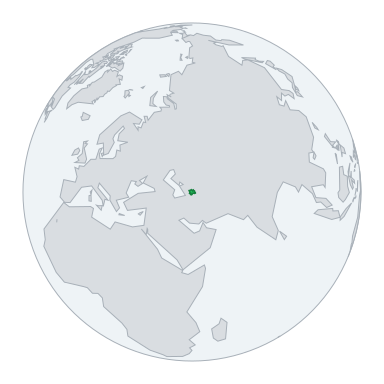 the Earth from above North Khorasan, rotated 337°
{"feature_id": "IRN-3246", "entity_name": "North Khorasan", "entity_type": "Province", "adm_level": 1, "iso_a3": "IRN", "parent_name": "Iran", "parent_adm1": "", "projection": "orthographic", "projection_center": [57.06, 37.45], "detail": "fine", "context": "on_globe", "style": "filled", "palette": "green", "viewbox_px": 384, "rotation_deg": 337, "n_neighbors": 0, "source": "natural_earth", "source_scale": "10m", "svg_char_len": 11423}
<svg xmlns="http://www.w3.org/2000/svg" viewBox="0 0 384 384"><g transform="rotate(337 192 192)"><circle cx="192" cy="192" r="169" fill="#eef3f6" stroke="#a8b0b8"/><path d="M202.3,23.4L209.2,24.9L225.7,29.2L233.7,30.7L229.7,30.6L246.9,34.0L257.6,38.4L243.7,33.5L240.9,33.2L247.3,35.9L245.8,36.2L248.1,37.9L245.8,38.2L237.8,35.8L236.1,36.1L240.8,38.1L241.4,39.9L234.8,36.9L235.1,40.0L221.9,37.6L206.3,30.9L197.1,31.4L176.2,29.9L176.3,30.9L168.5,31.6L165.7,33.2L162.6,32.9L163.0,34.5L166.4,34.6L167.7,35.4L166.3,36.5L162.2,36.1L162.2,35.5L160.3,36.0L158.8,35.4L158.8,36.3L153.9,36.0L156.7,38.0L151.1,39.2L148.4,38.5L151.4,36.4L152.5,31.0L150.7,30.4L145.2,31.4L129.1,37.4L126.0,38.0L119.8,40.4L120.2,40.8L125.2,39.2L124.5,41.0L130.7,39.3L131.4,39.9L136.7,39.4L132.9,42.0L126.4,44.9L121.8,45.7L118.8,47.2L120.8,48.8L110.0,52.9L98.9,60.7L96.4,61.7L95.8,59.0L101.8,52.7L101.1,50.7L98.6,54.7L92.4,58.0L90.1,59.8L88.7,61.5L89.9,61.5L87.1,63.3L88.6,59.7L91.1,57.9L90.6,58.9L93.4,56.2L94.4,54.5L91.2,56.6L94.1,54.3L104.8,47.3L115.9,41.1L127.5,35.8L139.5,31.4L151.7,27.9L164.2,25.3L176.8,23.7L189.5,23.1L202.3,23.4ZM207.1,23.7L208.5,23.8L209.8,24.1L207.2,23.8L206.9,23.7L207.1,23.7ZM239.8,31.9L236.2,30.7L240.2,31.8L239.8,31.9ZM248.8,38.1L250.3,38.4L250.8,39.2L248.8,38.1ZM138.4,38.1L137.5,38.7L137.0,38.4L138.4,38.1ZM141.4,37.3L141.4,36.6L142.9,36.1L142.9,36.6L141.4,37.3ZM247.8,40.4L248.2,41.8L246.4,40.0L247.8,40.4ZM141.1,38.4L145.5,35.5L148.1,34.7L150.2,36.0L141.1,38.4ZM247.5,42.3L248.6,45.9L252.0,46.8L242.9,46.8L245.0,43.4L242.3,40.9L245.5,42.3L247.5,42.3ZM168.0,34.1L164.4,34.1L168.6,33.2L168.0,34.1ZM170.4,33.4L181.7,30.1L186.3,30.9L181.6,31.7L188.7,32.3L185.5,34.3L180.8,34.4L178.5,33.4L179.0,35.0L170.4,33.4ZM237.7,46.3L236.8,47.0L236.2,45.9L237.7,46.3ZM168.5,35.7L170.4,34.8L174.6,35.4L171.6,37.3L171.2,36.5L168.5,35.7ZM192.1,31.6L194.7,32.6L192.8,34.4L193.6,35.1L185.8,34.4L192.1,31.6ZM169.6,36.9L170.0,38.3L166.8,39.0L167.0,36.6L169.6,36.9ZM176.9,34.9L178.7,35.3L176.7,35.6L176.9,34.9ZM155.7,43.0L157.8,41.7L160.2,41.9L155.7,43.0ZM170.4,38.8L171.5,38.5L172.7,38.5L172.3,39.6L170.4,38.8ZM185.0,35.9L183.6,36.5L188.1,36.2L186.8,37.8L181.8,37.1L183.5,38.1L183.1,38.6L179.4,37.5L185.0,35.9ZM175.4,40.7L168.7,40.8L164.2,43.1L162.0,43.0L169.6,39.4L175.4,40.7ZM178.1,38.9L175.9,40.0L174.3,39.1L174.7,37.9L178.1,38.9ZM187.8,39.1L191.0,36.9L191.9,37.1L187.8,39.1ZM174.5,41.5L176.1,41.5L174.3,41.8L174.5,41.5ZM184.0,40.0L185.0,39.1L186.1,39.4L184.0,40.0ZM178.6,42.3L176.4,42.3L176.6,41.4L178.6,42.3ZM181.3,41.4L182.6,42.0L178.0,41.1L181.6,40.9L181.3,41.4ZM184.9,40.4L185.9,40.3L184.3,40.7L184.9,40.4ZM179.0,46.0L173.1,45.0L173.6,42.9L179.2,44.1L179.0,46.0ZM35.6,212.9L34.4,184.1L38.3,178.5L41.3,168.2L69.8,151.5L73.3,157.7L92.9,165.7L94.9,168.6L89.8,175.9L102.2,194.3L109.5,189.5L123.6,200.9L134.7,203.9L143.6,188.9L125.4,183.7L125.0,174.8L141.9,172.2L158.2,177.2L158.6,173.9L150.6,164.6L156.7,159.8L148.1,160.9L149.8,164.8L144.5,165.7L142.5,162.3L144.8,160.6L140.5,157.9L131.0,167.2L131.7,172.1L119.1,170.0L119.1,178.3L114.8,180.5L113.2,167.4L115.2,163.6L110.2,147.6L107.0,151.3L111.5,166.8L109.0,164.7L104.7,170.6L106.1,164.5L102.0,147.2L92.2,144.5L75.6,154.1L70.7,151.7L68.6,145.0L78.8,130.5L88.5,137.4L92.2,133.0L93.8,123.5L96.6,126.6L98.5,123.8L102.5,126.2L111.7,122.4L116.3,124.3L123.3,116.3L126.6,116.4L121.5,120.9L120.4,125.3L132.3,130.4L135.6,129.4L139.2,124.0L142.0,126.4L144.0,120.6L152.4,121.1L143.7,115.8L147.7,110.0L154.7,107.1L154.4,104.4L143.1,109.2L140.0,112.1L139.8,116.0L130.0,123.8L125.1,123.6L129.5,112.3L123.2,110.9L129.4,103.3L156.2,94.1L165.7,94.0L174.1,106.0L170.0,109.0L164.9,106.1L166.5,114.1L167.8,110.9L170.2,113.1L174.6,108.6L176.5,110.0L177.5,103.6L180.3,104.8L179.6,108.8L188.4,103.9L195.1,105.4L196.3,103.7L195.5,101.4L204.5,105.1L204.9,103.7L202.2,101.9L201.2,98.1L203.0,92.9L206.0,94.5L205.7,96.5L209.8,103.5L208.7,109.2L210.1,109.3L211.8,104.8L206.9,96.3L207.1,92.7L210.0,96.4L209.0,94.8L210.0,93.5L213.9,93.9L210.9,89.8L218.5,75.8L226.7,75.6L228.5,80.1L236.9,73.3L245.5,74.5L242.9,72.7L245.2,68.9L242.6,68.4L241.5,67.3L246.2,58.3L249.6,57.8L248.7,52.7L247.4,51.9L244.8,52.0L242.9,46.8L252.0,46.8L254.5,48.6L258.5,47.8L263.7,52.1L269.9,55.6L273.3,61.4L277.9,64.0L278.9,63.4L285.9,67.0L296.8,76.8L283.5,71.1L266.3,58.8L272.9,63.8L270.1,63.5L271.6,65.9L276.4,69.7L277.8,69.5L278.6,81.5L287.5,94.8L290.1,90.7L295.0,92.2L307.3,105.9L314.4,132.6L321.0,136.6L323.5,140.8L322.5,146.0L318.8,139.8L315.0,140.0L313.0,135.9L310.2,142.8L307.3,137.4L306.5,145.8L310.3,148.9L313.9,144.5L314.4,154.7L322.1,158.7L326.5,167.4L325.3,189.1L318.8,199.7L319.2,202.8L314.8,201.8L311.7,210.3L322.0,222.0L322.6,226.6L316.3,239.8L315.7,236.6L304.2,233.9L303.9,245.6L312.8,250.2L315.9,258.8L309.9,258.9L306.6,251.5L302.4,250.3L302.2,240.6L296.1,228.1L290.0,233.7L289.2,227.7L279.9,218.3L270.4,225.7L256.2,246.0L256.4,261.1L250.5,268.7L238.1,249.8L234.2,235.3L228.6,237.6L216.7,226.0L192.9,226.3L190.5,222.2L185.8,224.1L177.6,219.7L174.3,212.8L168.9,212.9L177.8,230.8L183.8,230.8L190.2,224.4L191.4,230.6L199.5,236.0L187.0,250.4L153.3,260.1L151.7,248.6L135.1,212.7L136.6,209.2L136.6,208.8L136.5,208.0L133.2,213.4L130.9,206.2L137.9,231.2L138.3,240.9L152.8,260.7L151.0,262.2L156.2,266.4L174.9,264.0L174.6,267.6L164.7,283.2L140.4,300.4L144.6,313.8L144.6,323.6L131.7,326.9L135.2,334.0L128.9,334.5L130.1,337.8L126.3,339.7L119.2,339.7L104.6,333.7L101.8,330.5L91.6,321.2L76.7,299.6L78.4,293.0L76.3,285.3L65.9,263.0L68.1,254.4L65.8,248.6L60.8,246.3L58.3,239.2L55.5,236.9L39.3,225.1L35.6,212.9ZM57.1,164.3L55.6,167.1L57.1,164.3ZM173.7,190.8L184.6,192.6L182.8,181.7L186.8,181.6L184.7,178.1L182.6,180.9L177.8,171.4L183.7,168.9L183.9,164.2L180.2,163.5L170.3,169.7L177.0,183.2L173.2,187.2L173.7,190.8ZM92.3,58.2L92.1,58.5L90.2,60.4L90.2,59.9L92.3,58.2ZM87.4,67.3L83.1,70.2L86.2,67.6L85.3,67.3L90.6,61.8L95.4,62.0L92.3,62.7L87.4,67.3ZM99.1,55.0L95.1,58.1L99.2,54.8L99.1,55.0ZM104.7,107.1L104.9,110.0L101.6,112.5L95.8,111.3L100.5,107.6L104.7,107.1ZM106.0,113.7L111.9,103.4L115.8,104.2L112.6,105.4L114.6,106.9L110.0,109.4L107.8,120.6L104.8,123.6L95.7,119.1L100.3,118.7L99.9,115.7L106.0,113.7ZM120.4,79.6L123.0,76.2L128.0,82.0L124.9,84.6L118.9,83.3L119.0,79.5L120.4,79.6ZM144.0,41.6L144.7,40.6L145.9,40.6L146.3,41.5L144.0,41.6ZM156.5,42.4L142.2,46.2L142.3,45.2L133.9,49.1L130.8,48.1L136.3,45.4L127.6,47.9L131.4,45.1L125.5,47.2L138.2,41.4L141.3,39.3L139.0,42.0L141.8,42.9L143.9,42.7L152.2,40.7L160.1,37.2L164.1,37.9L164.9,39.4L163.6,40.3L161.4,39.5L161.2,41.4L157.1,40.9L156.5,42.4ZM171.1,61.7L169.1,59.4L168.1,64.9L163.9,63.7L164.1,64.5L159.9,65.0L155.2,67.1L153.7,66.1L152.5,67.4L149.7,67.9L147.5,69.4L144.1,68.3L141.2,70.1L141.2,68.6L137.1,72.0L138.6,69.1L135.2,69.8L135.5,72.3L122.3,64.9L115.6,64.7L109.2,66.4L112.6,61.6L120.9,57.2L130.9,54.1L136.8,55.2L137.3,53.0L140.3,53.0L138.7,54.7L143.0,52.1L145.0,52.6L153.9,51.0L158.9,47.4L162.3,46.9L161.3,48.6L165.3,47.0L165.9,49.9L168.3,49.7L171.2,52.6L168.0,56.3L170.9,55.8L173.3,58.3L171.1,61.7ZM179.6,46.8L176.7,51.0L173.0,52.6L169.5,47.0L167.2,46.8L164.8,43.6L170.2,41.5L170.4,42.6L171.8,43.1L169.6,43.5L172.5,43.7L172.8,45.2L175.2,45.7L173.6,46.9L179.6,46.8ZM98.9,166.8L100.7,168.2L104.0,169.4L101.3,173.3L98.9,166.8ZM95.8,155.1L97.8,155.5L95.6,161.2L93.7,159.9L95.8,155.1ZM100.7,151.1L98.0,155.1L98.3,152.2L100.7,151.1ZM123.5,121.1L125.7,121.4L125.3,122.8L123.2,124.3L123.5,121.1ZM167.2,79.4L166.7,77.4L167.8,77.0L169.9,72.7L173.2,73.5L173.2,76.4L167.2,79.4ZM139.5,190.9L135.2,193.1L134.0,191.2L135.7,190.8L139.5,190.9ZM116.6,183.4L120.9,187.3L115.8,184.4L116.6,183.4ZM171.2,79.5L171.7,77.5L173.0,79.1L171.2,79.5ZM175.7,73.8L177.6,75.3L173.9,73.1L175.7,73.8ZM215.0,359.1L217.0,359.0L214.1,359.4L215.0,359.1ZM173.3,325.7L165.5,340.3L157.5,339.4L154.6,334.8L156.6,325.7L165.4,323.9L169.4,319.5L173.3,325.7ZM339.0,262.0L341.2,260.0L341.0,260.7L339.0,262.0ZM336.8,262.5L339.6,259.9L336.0,264.3L336.8,262.5ZM340.6,258.9L343.4,254.8L344.6,252.5L344.2,254.0L340.6,258.9ZM334.7,264.4L322.5,273.9L317.3,275.9L318.8,272.8L327.3,267.5L334.7,264.4ZM318.4,273.1L309.9,271.9L296.1,259.5L301.1,257.6L315.1,262.1L314.3,264.5L319.4,266.4L318.4,273.1ZM337.5,247.6L336.6,254.0L330.2,258.9L327.1,260.4L324.9,254.4L326.1,249.7L328.8,247.9L337.4,226.7L340.7,227.2L338.5,235.3L341.1,238.2L337.5,247.6ZM257.3,262.2L261.8,269.7L258.4,271.9L257.3,262.2ZM339.5,213.9L336.9,223.1L338.9,212.1L339.5,213.9ZM339.9,204.5L340.7,207.3L338.7,205.7L339.9,204.5ZM320.3,207.2L317.6,209.9L316.9,207.8L319.9,203.0L320.3,207.2ZM329.8,174.8L332.1,181.4L332.5,184.0L330.1,181.1L329.8,174.8ZM199.8,85.7L193.1,90.6L190.5,95.3L192.5,99.3L186.9,96.0L190.9,88.8L199.8,85.7ZM215.8,76.7L214.1,73.6L216.7,73.8L217.5,74.6L215.8,76.7ZM213.5,75.6L207.9,74.0L208.1,71.6L212.5,73.3L213.5,75.6ZM189.4,76.2L187.2,77.5L186.2,76.1L189.4,76.2ZM310.9,312.1L310.5,312.5L314.2,308.6L318.2,302.3L319.3,301.4L322.5,295.4L334.7,279.9L344.5,261.3L347.7,256.4L352.4,243.5L354.6,238.0L352.4,245.1L347.7,257.5L342.1,269.5L335.6,281.0L328.2,292.0L319.9,302.4L310.9,312.1ZM344.4,256.3L347.9,248.3L349.3,245.9L344.4,256.3ZM357.7,224.9L356.9,228.3L357.8,224.0L358.1,220.8L355.5,226.5L355.0,225.3L356.3,220.9L353.9,223.4L356.6,217.1L357.2,220.5L358.5,213.1L359.8,208.9L360.4,205.8L357.7,224.9ZM355.7,229.2L356.1,228.3L355.5,230.8L355.7,229.2ZM350.5,234.5L350.2,236.2L349.4,236.3L350.5,234.5ZM351.6,231.9L353.9,229.7L351.3,233.6L351.6,231.9ZM342.7,237.9L343.7,240.5L346.7,234.8L344.4,240.7L346.0,244.4L345.1,247.5L343.6,243.3L342.3,250.8L340.9,252.1L340.6,247.2L342.2,238.7L343.6,234.2L348.8,226.9L342.7,237.9ZM351.8,227.5L351.1,224.2L351.5,220.6L352.3,221.7L351.8,227.5ZM348.3,216.7L345.6,214.2L343.8,218.5L346.8,206.6L349.0,210.9L348.3,216.7ZM344.9,207.7L343.3,211.7L344.6,205.2L344.9,207.7ZM342.5,210.5L341.6,207.1L343.3,205.9L342.5,210.5ZM345.9,206.7L345.1,200.2L346.5,202.9L345.9,206.7ZM339.2,199.8L343.8,202.0L338.9,204.3L335.6,192.7L337.5,190.4L339.2,199.8ZM329.9,140.5L327.7,137.7L328.6,135.0L329.8,137.7L329.9,140.5ZM329.2,124.8L328.1,133.4L326.8,140.8L328.6,141.0L330.9,147.7L326.6,144.4L325.3,135.1L326.8,130.6L324.2,125.4L323.6,119.7L319.4,114.5L318.2,111.0L322.4,114.4L329.2,124.8ZM317.4,112.5L309.9,102.6L312.7,100.4L315.0,102.1L317.3,107.4L315.7,108.2L317.4,112.5ZM308.9,99.7L307.2,100.5L292.5,90.2L290.1,87.6L302.8,93.6L301.9,94.8L305.0,97.9L308.9,99.7ZM238.6,47.6L237.0,47.1L238.6,47.0L238.6,47.6ZM240.0,67.2L238.8,65.6L240.7,65.4L240.0,67.2ZM236.6,61.4L235.2,62.8L235.4,60.7L236.6,61.4ZM232.5,66.0L234.1,63.0L234.3,66.9L232.5,66.0Z" fill="#d9dde1" stroke="#a8b0b8" stroke-width="1"/><path d="M192.3,189.6L192.4,189.8L192.5,189.9L192.6,190.0L192.6,190.4L192.7,190.5L193.0,190.6L193.3,190.6L193.5,190.6L193.3,190.8L193.2,190.9L193.2,191.1L193.1,191.3L194.3,191.4L194.4,191.5L194.6,191.9L194.7,192.0L194.6,192.3L194.5,192.5L194.3,193.0L194.2,193.1L194.4,193.3L194.5,193.5L194.6,193.4L194.7,193.5L194.8,193.6L194.6,193.8L194.7,194.0L194.7,194.3L194.4,194.4L193.7,194.3L192.2,193.4L191.8,193.4L191.2,193.9L191.1,194.1L191.1,194.3L190.7,194.4L190.4,194.4L190.2,194.3L190.0,194.1L189.7,193.8L189.7,193.7L189.7,193.4L189.7,193.2L189.8,193.0L189.9,192.9L189.7,192.9L189.6,192.7L189.2,192.3L189.3,192.2L189.5,191.9L189.8,191.7L190.1,191.6L190.2,191.4L190.1,191.2L189.9,191.0L189.9,190.9L190.0,190.7L189.9,190.5L189.9,190.4L189.9,190.1L190.0,190.2L190.3,190.1L190.2,189.9L190.4,189.7L190.5,189.7L190.8,189.6L191.1,189.6L191.3,189.6L191.5,189.7L191.8,189.8L192.0,189.8L192.1,189.7L192.3,189.6Z" fill="#22c55e" stroke="#15803d" stroke-width="1.5"/></g></svg>